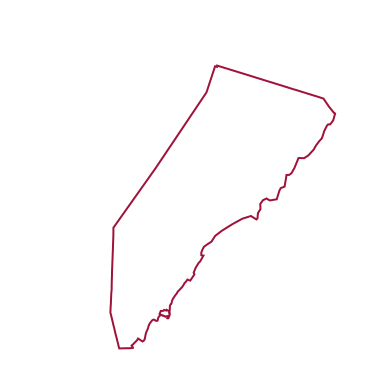 Al Hawak, Al Hudaydah, Yemen, rotated 227°
{"feature_id": "15242507B19229428361360", "entity_name": "Al Hawak", "entity_type": "district", "adm_level": 2, "iso_a3": "YEM", "parent_name": "Yemen", "parent_adm1": "Al Hudaydah", "projection": "robinson", "projection_center": [42.952, 14.752], "detail": "fine", "context": "isolated", "style": "outline", "palette": "rose", "viewbox_px": 384, "rotation_deg": 227, "n_neighbors": 0, "source": "geoboundaries", "source_scale": "gbopen_adm2", "svg_char_len": 3179}
<svg xmlns="http://www.w3.org/2000/svg" viewBox="0 0 384 384"><g transform="rotate(227 192 192)"><path d="M268.2,294.6L255.0,270.6L236.5,191.3L234.2,181.4L219.9,112.2L219.5,110.2L214.1,105.1L208.5,99.5L202.4,93.4L201.8,92.8L201.6,92.6L187.3,78.2L186.8,77.8L182.3,73.3L177.7,68.8L176.1,67.4L172.5,63.4L171.2,62.1L170.5,61.4L166.5,57.3L166.2,57.1L164.3,55.0L159.5,50.1L153.0,46.5L152.6,46.2L151.8,45.8L147.8,43.5L145.0,42.0L143.2,40.9L142.8,40.7L140.2,39.2L137.0,37.5L134.5,36.1L133.2,35.4L131.1,34.2L130.4,33.8L127.3,32.1L126.6,32.8L126.2,33.2L125.9,33.6L125.4,34.2L124.9,34.7L124.7,34.9L124.6,35.0L124.1,35.6L123.8,35.9L123.7,36.1L123.4,36.4L122.8,37.1L122.4,37.6L121.3,38.7L120.9,39.1L120.7,39.4L120.0,40.2L119.7,40.6L119.5,40.8L118.8,41.9L118.4,42.2L118.3,42.5L119.0,42.9L120.3,43.0L120.9,43.1L120.9,43.7L120.8,44.6L120.8,46.1L120.8,46.4L120.9,46.7L120.9,48.3L121.0,49.3L121.0,49.7L121.1,50.8L121.2,51.4L121.3,51.7L121.6,52.6L120.7,52.8L120.3,53.0L120.0,53.0L119.5,53.2L118.7,53.3L116.4,53.9L116.3,54.5L116.2,55.2L116.2,55.4L116.3,56.0L116.5,56.7L116.7,57.1L117.3,58.1L117.5,58.3L117.8,58.7L118.3,59.4L118.6,59.7L118.7,59.9L119.0,60.4L119.7,61.3L120.4,62.4L120.9,63.6L121.3,64.6L121.5,65.0L121.6,65.4L121.9,65.9L122.1,66.3L122.7,67.5L122.9,67.8L123.6,68.8L123.8,69.2L124.0,69.8L124.2,70.0L124.4,70.6L124.5,71.1L124.7,71.5L124.8,72.3L124.8,72.6L125.0,73.1L125.2,74.7L125.3,75.1L125.1,76.4L124.4,77.3L123.8,77.5L123.1,77.5L122.9,77.5L121.9,78.2L121.5,78.9L121.4,79.1L121.7,79.5L122.6,80.8L123.0,81.5L123.3,82.4L123.4,82.7L123.4,83.0L123.5,83.6L123.4,83.9L123.5,84.4L123.6,84.9L123.4,85.3L123.1,85.5L122.1,86.0L120.3,86.9L118.6,87.7L118.5,88.0L117.9,89.2L118.0,89.3L118.7,88.0L118.8,87.8L119.0,87.8L120.0,87.3L122.4,86.1L123.8,85.4L124.6,84.9L125.0,85.1L125.0,85.3L125.9,87.2L126.2,87.7L126.3,88.0L126.0,88.2L125.6,88.8L125.1,89.4L124.5,90.4L124.5,90.5L124.5,90.9L124.4,91.1L124.6,91.3L124.3,91.5L122.8,92.4L123.1,93.1L122.2,93.4L121.0,93.9L118.7,92.6L118.1,92.4L117.8,92.2L117.6,92.0L117.5,91.8L117.4,91.5L117.1,90.9L117.1,90.6L116.9,90.4L116.6,90.2L116.5,89.7L116.3,89.0L116.4,88.6L116.3,88.0L115.9,88.3L115.8,88.7L117.5,92.2L120.1,94.2L120.4,94.8L123.9,98.3L124.5,100.1L124.3,100.4L124.5,101.0L126.1,103.3L127.0,105.6L127.9,109.4L128.1,111.4L128.8,113.4L129.2,119.6L129.6,121.8L130.5,124.6L130.5,126.5L131.1,128.9L128.4,130.3L130.1,137.6L131.9,138.2L134.0,142.8L135.6,148.4L135.6,149.8L135.8,151.1L137.7,157.0L139.4,155.7L141.2,157.3L142.6,160.0L143.8,163.3L143.3,167.4L142.4,172.4L144.1,179.0L143.3,187.4L140.9,199.8L138.1,210.7L136.9,213.2L134.3,218.7L128.0,220.4L128.0,221.8L131.6,225.9L132.8,230.4L136.7,233.8L137.6,238.3L136.4,242.1L132.8,243.1L128.9,249.0L133.4,256.9L134.3,259.6L132.8,263.4L135.2,266.5L137.3,269.3L140.0,272.7L138.2,274.8L137.9,277.5L139.7,283.3L144.2,293.0L140.3,297.1L139.4,301.9L139.7,305.7L140.0,309.8L141.5,314.6L142.4,319.8L142.7,323.6L144.5,327.0L146.3,330.1L148.4,335.6L148.6,337.7L147.2,339.1L148.1,344.1L151.7,350.1L151.9,350.1L151.7,349.7L161.2,350.4L166.4,351.2L170.6,351.9L177.8,347.9L180.3,346.4L196.3,337.3L197.9,336.3L200.2,335.0L227.5,319.4L267.3,296.6L266.5,295.6L268.2,294.6Z" fill="none" stroke="#9f1239" stroke-width="2"/></g></svg>